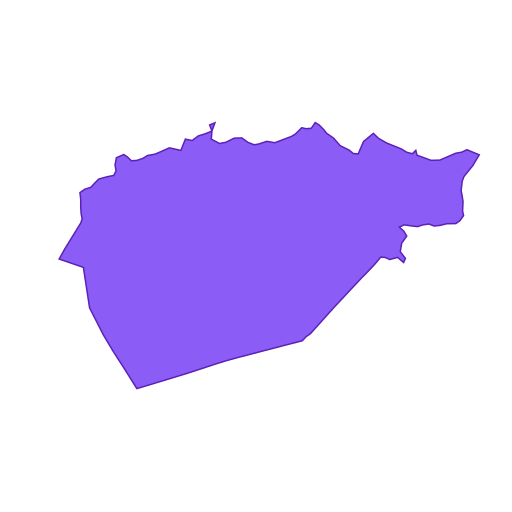 outline of Arapiraca, Alagoas, Brazil, rotated 286°
{"feature_id": "56859067B80614928342365", "entity_name": "Arapiraca", "entity_type": "district", "adm_level": 2, "iso_a3": "BRA", "parent_name": "Brazil", "parent_adm1": "Alagoas", "projection": "albers", "projection_center": [-36.607, -9.758], "detail": "fine", "context": "isolated", "style": "filled", "palette": "violet", "viewbox_px": 512, "rotation_deg": 286, "n_neighbors": 0, "source": "geoboundaries", "source_scale": "gbopen_adm2", "svg_char_len": 1652}
<svg xmlns="http://www.w3.org/2000/svg" viewBox="0 0 512 512"><g transform="rotate(286 256 256)"><path d="M364.0,179.2L359.7,173.8L355.5,167.4L349.4,162.8L348.9,155.9L336.8,154.7L336.1,142.9L330.0,135.7L326.0,130.7L322.7,124.0L318.6,120.3L315.0,115.0L313.2,110.0L315.8,105.0L317.1,100.9L312.0,94.7L304.7,95.4L299.2,98.0L294.2,97.0L291.3,91.3L286.6,83.6L281.5,80.8L276.5,78.3L273.0,73.0L268.4,69.3L262.1,71.9L254.2,74.2L248.1,76.4L244.0,78.6L239.6,78.5L210.0,70.2L198.8,67.6L197.5,93.2L160.3,110.3L138.0,131.1L125.5,144.4L112.3,159.5L95.7,178.0L98.1,181.8L125.1,223.5L140.0,245.4L146.8,255.7L152.7,265.3L177.9,307.9L187.3,323.9L192.1,326.3L196.3,329.7L227.8,345.0L264.0,363.5L269.6,366.6L279.5,371.8L283.4,373.6L289.3,376.2L290.2,380.5L289.5,385.6L293.7,392.5L290.4,399.7L294.9,400.3L299.9,393.5L308.4,392.5L316.7,395.4L320.6,391.3L323.3,385.8L326.8,389.9L327.8,397.4L328.8,403.3L331.9,407.8L334.4,413.4L333.9,418.9L336.1,424.4L339.6,430.5L342.2,439.1L346.0,442.2L352.0,444.4L356.2,442.2L365.4,440.0L370.4,437.7L375.3,435.2L384.6,433.6L389.7,434.0L402.7,439.5L414.8,442.7L416.3,429.4L412.5,425.1L409.8,419.6L398.8,406.2L396.2,397.8L397.3,382.9L401.6,380.5L397.4,378.1L397.3,372.3L399.0,366.1L400.6,350.7L402.8,341.6L406.2,335.0L395.7,327.8L382.4,326.1L381.3,321.2L383.4,316.6L385.3,306.4L390.7,298.1L393.4,290.1L396.2,286.2L399.4,280.5L400.6,276.1L394.1,274.0L392.2,269.3L391.9,264.6L384.2,260.3L380.8,257.2L370.1,242.9L369.2,234.8L364.2,227.4L362.4,223.5L363.0,217.0L365.6,209.8L363.3,202.6L357.0,195.7L354.1,189.9L356.0,180.8L364.0,179.2ZM364.0,179.2L372.7,179.8L369.2,175.3L364.0,179.2Z" fill="#8b5cf6" stroke="#5b21b6" stroke-width="1.5"/></g></svg>